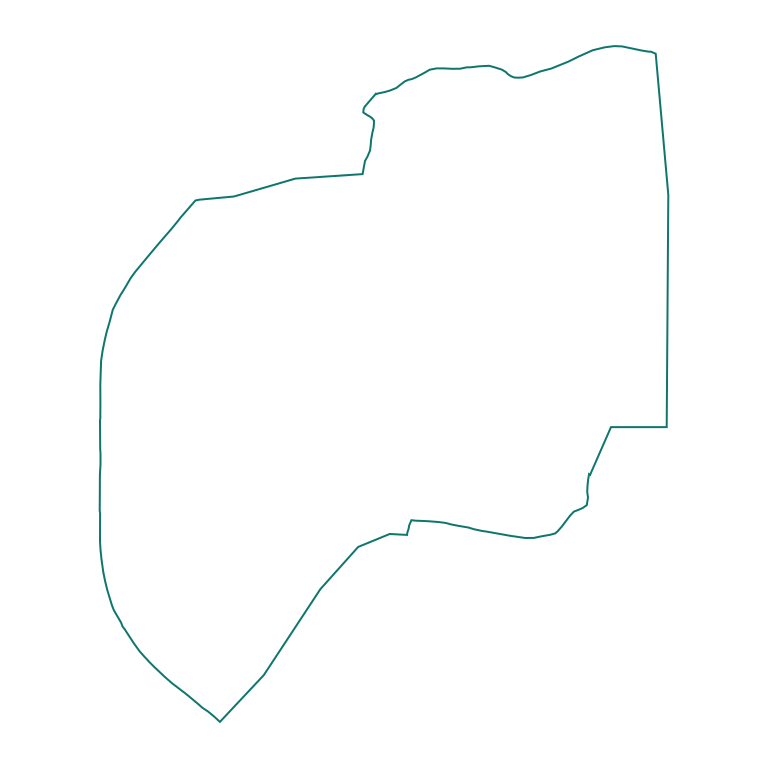 Belle Vue Estate, Gros Islet, Saint Lucia (orthographic projection)
{"feature_id": "8701671B25390904232189", "entity_name": "Belle Vue Estate", "entity_type": "district", "adm_level": 2, "iso_a3": "LCA", "parent_name": "Saint Lucia", "parent_adm1": "Gros Islet", "projection": "orthographic", "projection_center": [-60.946, 14.088], "detail": "fine", "context": "isolated", "style": "outline", "palette": "teal", "viewbox_px": 768, "rotation_deg": 0, "n_neighbors": 0, "source": "geoboundaries", "source_scale": "gbopen_adm2", "svg_char_len": 2154}
<svg xmlns="http://www.w3.org/2000/svg" viewBox="0 0 768 768"><path d="M666.7,427.1L668.3,194.8L655.7,53.7L651.0,51.7L648.2,51.6L641.6,50.5L632.5,48.6L622.1,46.4L614.2,46.1L604.9,47.3L592.8,50.2L578.3,56.7L568.2,61.7L559.5,65.2L551.4,68.5L539.8,71.6L531.3,74.9L523.1,77.4L518.5,77.7L514.2,77.5L510.8,76.1L507.7,74.0L505.8,72.0L501.8,69.6L495.5,67.6L489.2,65.8L479.2,66.3L476.6,66.6L471.7,67.2L466.4,67.4L460.3,68.7L452.1,68.8L444.0,68.4L436.5,68.4L429.7,69.7L424.8,72.6L420.3,75.0L415.9,77.4L411.8,79.1L408.4,79.8L404.8,81.4L400.2,84.9L396.3,88.0L389.8,90.6L384.9,92.0L378.3,93.4L376.0,94.2L376.5,93.0L365.8,105.4L364.7,106.7L363.6,109.1L363.3,112.5L367.6,115.3L369.4,116.2L372.1,118.2L374.0,120.6L373.9,124.1L373.6,127.7L372.5,132.2L371.1,139.8L370.7,145.4L370.0,150.6L367.5,156.5L365.0,161.0L363.8,167.5L362.6,174.1L295.3,178.6L233.9,196.5L199.2,199.7L195.4,200.5L180.5,217.6L177.6,221.4L170.7,229.8L159.5,242.7L150.5,253.4L135.4,271.6L130.8,277.9L124.3,289.0L120.7,294.6L116.1,303.2L112.8,309.7L109.6,321.9L106.7,331.8L104.8,339.8L102.6,350.7L101.1,360.9L100.7,372.5L100.3,384.6L100.4,402.8L100.3,418.8L100.0,419.9L100.2,449.4L100.5,453.4L100.5,464.7L100.3,468.0L99.9,474.9L99.8,498.2L99.7,510.9L100.1,513.1L100.0,539.0L100.0,541.2L100.5,549.6L101.5,559.4L103.3,572.2L105.0,580.6L107.2,589.7L111.4,603.6L112.5,606.8L114.0,610.5L121.1,622.6L122.6,626.6L124.6,629.1L129.6,636.8L133.9,643.4L139.7,651.4L143.8,656.0L149.2,661.9L154.1,666.8L165.3,677.4L172.1,683.3L179.3,688.8L185.1,693.2L188.7,696.1L199.2,704.9L202.4,707.8L208.0,711.5L214.2,716.6L219.9,721.9L263.8,675.1L320.4,589.1L358.2,546.9L389.7,534.0L407.1,534.9L407.4,532.3L408.5,529.2L409.2,525.4L411.4,520.2L415.8,520.7L421.9,520.9L429.4,521.3L438.0,522.0L445.5,522.9L451.5,524.5L458.8,525.9L468.3,527.5L473.9,529.2L480.9,530.7L484.4,531.3L485.3,531.4L489.5,532.1L510.2,535.8L525.3,538.0L533.9,537.9L541.5,536.3L550.1,534.8L555.2,533.4L557.8,531.1L562.2,526.1L565.6,521.5L570.1,515.6L573.9,511.6L578.6,509.8L582.7,508.0L586.8,505.1L588.0,497.4L587.2,491.9L587.5,485.9L588.1,479.8L589.1,474.1L590.1,474.8L611.0,427.1L638.9,427.1L666.7,427.1Z" fill="none" stroke="#0f766e" stroke-width="2"/></svg>